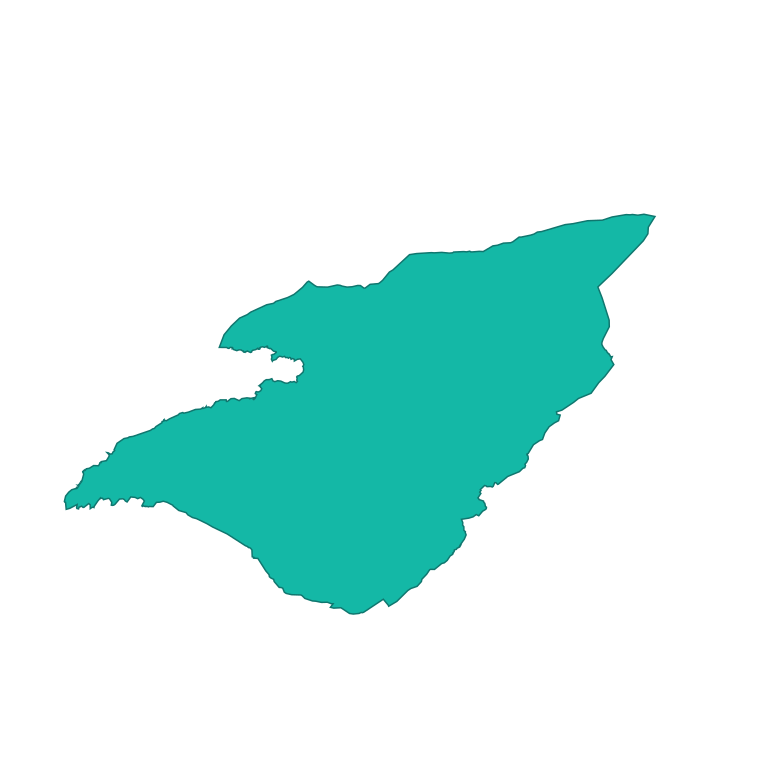 the district of Sande nor, Vestfold, Norway, rotated 132°
{"feature_id": "86288312B46976910861287", "entity_name": "Sande nor", "entity_type": "district", "adm_level": 2, "iso_a3": "NOR", "parent_name": "Norway", "parent_adm1": "Vestfold", "projection": "natural_earth1", "projection_center": [10.282, 59.601], "detail": "fine", "context": "isolated", "style": "filled", "palette": "teal", "viewbox_px": 768, "rotation_deg": 132, "n_neighbors": 0, "source": "geoboundaries", "source_scale": "gbopen_adm2", "svg_char_len": 6163}
<svg xmlns="http://www.w3.org/2000/svg" viewBox="0 0 768 768"><g transform="rotate(132 384 384)"><path d="M546.0,231.8L537.0,229.0L521.4,228.1L518.0,227.2L512.2,224.0L505.8,224.0L503.8,225.2L496.9,225.0L491.4,225.8L490.5,225.3L488.0,222.4L478.8,221.0L476.5,219.5L472.7,219.0L467.5,219.8L464.7,219.0L463.7,219.3L463.7,219.8L461.7,219.7L460.2,220.7L458.5,219.6L457.2,219.8L454.5,218.7L452.7,219.1L453.3,219.5L453.0,219.6L445.5,220.5L441.2,222.0L439.9,224.4L439.3,224.7L439.3,226.7L436.6,229.2L436.3,231.1L434.3,232.7L432.7,235.9L426.9,231.2L423.1,228.9L419.3,228.1L418.5,225.4L412.6,225.6L409.0,224.5L407.8,224.8L407.0,225.4L407.1,226.7L405.2,229.3L405.2,230.5L404.4,231.7L406.3,236.1L405.8,236.9L405.8,238.0L400.5,238.8L400.3,240.5L398.2,240.7L398.0,241.8L392.1,241.3L391.4,239.9L391.4,238.8L388.8,236.2L388.1,234.6L386.9,234.4L383.2,235.7L382.4,234.7L382.6,232.4L381.9,232.0L369.9,230.2L358.5,224.7L353.7,224.4L352.0,223.4L350.0,224.2L349.3,225.6L346.8,225.6L343.2,226.6L341.4,228.5L340.7,230.0L341.0,230.4L340.3,230.9L339.1,230.4L329.1,232.3L322.0,230.5L319.2,229.1L312.8,231.7L305.2,232.7L298.8,231.3L294.5,229.7L289.2,232.3L290.8,235.3L289.3,237.2L284.4,234.3L270.7,230.8L264.6,229.8L252.3,223.9L239.3,225.3L230.5,225.0L215.8,226.2L214.0,231.6L210.9,232.7L212.1,233.7L211.0,236.8L211.3,237.1L211.0,239.7L210.3,241.3L210.7,242.5L209.9,246.0L208.7,248.8L207.0,250.0L203.6,251.4L190.7,254.9L185.9,259.4L174.1,279.5L168.8,290.0L149.2,288.5L104.1,287.1L95.8,288.4L90.6,292.5L78.2,294.7L83.9,304.4L88.7,308.3L91.8,312.8L93.6,314.3L96.1,317.4L107.3,326.3L116.2,331.4L126.5,342.0L138.5,350.9L144.3,356.0L165.3,368.9L168.5,371.7L172.1,372.8L175.2,374.6L183.1,380.4L184.4,381.9L192.1,383.4L194.3,384.4L199.4,389.5L204.9,392.5L208.5,395.5L219.2,398.9L221.7,402.0L226.9,406.9L227.8,408.0L227.9,409.1L230.6,411.1L232.2,413.3L239.3,420.5L240.6,420.8L243.0,423.0L247.6,429.2L253.0,434.5L254.6,436.6L265.3,447.1L270.8,451.6L293.3,453.7L297.2,454.9L307.9,454.4L311.7,454.9L313.1,455.3L319.2,461.0L325.3,462.2L326.2,463.2L326.6,467.4L328.4,469.5L333.1,472.8L336.7,476.3L339.3,480.7L340.0,482.6L341.7,485.0L349.7,490.7L356.1,498.2L356.7,499.2L357.2,501.7L357.9,508.7L359.7,509.3L366.7,509.2L377.6,510.8L384.3,513.5L395.0,519.6L398.0,520.1L403.6,524.2L419.6,531.1L424.1,532.1L431.6,535.4L442.9,536.3L454.4,535.8L467.0,530.9L462.1,525.3L461.8,523.7L461.2,523.0L459.7,522.8L458.4,521.2L458.5,520.7L459.1,520.5L458.6,520.2L459.2,519.2L457.7,515.7L455.6,514.6L454.3,512.9L454.1,511.1L453.6,510.5L454.2,509.8L453.4,508.4L452.7,508.6L452.0,507.9L451.0,507.7L449.9,504.3L448.9,503.8L448.4,504.2L446.8,504.1L444.2,502.3L442.0,501.8L441.9,501.2L442.3,500.7L441.4,499.8L440.7,499.8L440.6,500.6L439.4,500.4L437.6,499.2L436.7,497.3L434.0,496.2L433.9,495.8L435.1,495.2L434.1,492.4L433.4,492.0L433.5,488.1L432.2,485.8L432.6,485.2L435.7,485.7L436.2,486.3L437.9,487.0L439.0,485.2L440.9,484.3L441.8,482.2L440.8,482.3L438.0,480.7L435.4,480.8L433.3,480.2L432.3,478.7L432.0,477.6L430.0,476.4L430.2,474.8L428.9,473.5L428.8,472.3L427.4,471.9L427.0,471.1L427.8,469.6L426.1,468.8L425.7,467.1L426.9,466.0L423.6,464.9L421.3,463.0L422.1,458.7L423.3,456.5L425.3,456.1L425.2,455.6L427.2,453.2L429.3,452.1L434.4,452.6L436.1,453.7L437.2,453.6L437.8,452.4L439.5,451.4L440.0,450.1L441.8,450.2L442.2,452.4L444.3,453.7L444.8,455.0L447.5,455.9L448.5,456.8L449.6,458.4L450.9,462.6L452.7,465.2L455.3,466.7L456.0,468.6L455.1,470.9L457.5,472.2L459.6,474.4L462.0,475.1L464.3,475.0L468.9,475.7L468.4,474.5L468.9,474.4L469.3,471.7L471.4,471.1L473.2,471.6L474.2,472.2L475.1,473.8L475.8,473.9L477.3,473.2L477.0,471.4L480.7,470.2L482.7,470.3L482.9,470.8L481.1,471.4L484.4,473.8L484.1,473.9L486.0,476.6L489.9,479.8L493.3,480.5L494.9,485.6L497.3,487.9L501.7,488.7L502.4,489.4L501.4,490.7L505.4,495.1L507.7,495.6L509.7,497.2L510.7,496.8L511.4,497.2L513.2,496.6L517.4,496.7L518.5,499.1L520.4,500.5L519.8,501.1L521.1,500.9L523.4,502.2L523.6,502.7L523.2,502.9L525.4,503.5L529.1,507.1L535.7,510.5L539.7,513.3L539.8,514.4L542.7,516.2L544.8,516.3L553.1,520.0L556.9,521.1L557.5,522.2L558.6,522.9L557.6,523.6L557.9,523.7L558.9,523.0L560.4,523.8L561.4,523.1L568.2,525.0L570.6,524.9L572.2,525.9L574.9,526.6L590.9,535.5L593.8,537.9L595.3,538.3L598.5,540.7L606.7,542.7L613.4,540.6L613.7,539.6L616.0,539.9L617.7,539.3L619.2,540.4L619.7,543.0L620.3,543.9L620.5,540.9L621.8,539.9L626.7,539.0L630.9,542.2L631.6,541.7L631.9,542.2L632.9,542.4L634.1,541.7L635.9,541.6L638.9,545.2L643.8,546.6L646.2,548.5L648.3,548.3L648.9,548.7L648.6,549.1L650.7,549.3L651.2,548.6L650.9,548.3L652.2,546.7L658.3,543.6L659.1,543.5L659.0,544.0L659.4,544.0L659.5,543.4L661.4,543.2L661.4,543.6L662.4,543.2L663.1,543.7L663.6,543.4L662.8,543.2L663.8,542.8L664.2,543.5L664.2,542.6L667.0,542.3L667.6,542.7L667.1,543.1L667.9,543.1L671.5,545.3L675.3,545.9L680.3,545.6L685.2,542.9L685.4,542.2L685.0,541.5L689.8,536.3L686.6,534.3L678.9,531.4L681.6,529.7L682.0,528.9L681.2,527.4L679.7,528.2L677.1,526.9L677.1,525.1L676.5,524.5L670.4,523.4L670.3,521.6L673.2,518.9L671.3,518.5L670.1,517.7L669.9,516.9L668.8,517.5L662.4,518.4L658.7,518.5L659.0,518.1L658.0,517.8L657.2,516.5L657.7,515.1L653.5,512.4L652.9,511.3L654.1,507.1L656.5,505.6L656.1,504.8L654.9,503.8L653.4,503.4L646.6,503.6L644.1,501.3L643.6,499.6L644.0,498.0L643.6,496.0L637.4,496.6L634.8,493.1L634.0,490.3L631.3,489.1L630.9,486.3L631.3,483.8L636.6,482.4L636.6,481.6L635.5,481.5L635.4,480.3L634.5,479.5L634.5,478.9L633.6,478.4L632.9,476.8L632.1,476.5L629.6,473.5L624.2,473.9L621.8,471.5L618.8,469.6L617.0,465.9L615.4,459.8L615.7,459.2L615.3,451.9L612.0,445.0L612.5,442.2L611.4,437.0L609.5,433.2L606.3,422.2L604.9,415.5L600.4,400.3L596.9,378.7L596.0,376.5L596.3,375.8L596.1,375.0L595.6,374.5L595.3,373.3L595.7,371.1L600.6,366.3L599.9,364.6L600.6,364.3L598.0,361.0L602.0,346.7L602.6,341.9L603.9,340.2L603.9,338.4L603.0,335.3L604.3,333.4L605.3,325.8L604.0,324.1L603.5,322.6L605.4,318.8L605.1,316.6L602.4,311.7L596.4,304.6L596.1,303.2L596.3,299.3L593.1,292.0L591.1,289.4L588.1,284.3L584.1,280.1L582.6,276.3L581.4,274.8L585.8,274.4L584.2,271.4L579.1,266.3L577.6,256.1L575.5,252.9L571.2,249.0L569.0,248.1L568.6,247.2L567.3,246.4L544.4,240.5L545.5,232.9L546.0,231.8Z" fill="#14b8a6" stroke="#0f766e" stroke-width="1.5"/></g></svg>